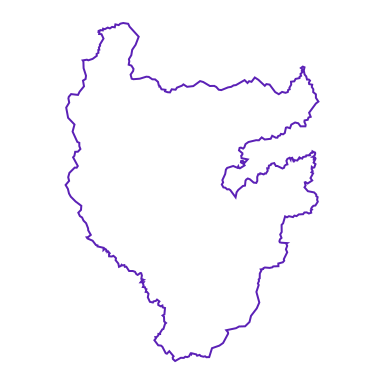 the district of Sardinata, Norte de Santander, Colombia
{"feature_id": "7082276B13040058955326", "entity_name": "Sardinata", "entity_type": "district", "adm_level": 2, "iso_a3": "COL", "parent_name": "Colombia", "parent_adm1": "Norte de Santander", "projection": "mercator", "projection_center": [-72.77, 8.259], "detail": "fine", "context": "isolated", "style": "outline", "palette": "violet", "viewbox_px": 384, "rotation_deg": 0, "n_neighbors": 0, "source": "geoboundaries", "source_scale": "gbopen_adm2", "svg_char_len": 5925}
<svg xmlns="http://www.w3.org/2000/svg" viewBox="0 0 384 384"><path d="M86.7,237.3L87.5,238.5L92.6,240.7L95.9,245.0L97.5,245.4L97.5,246.4L103.6,247.8L103.5,250.0L104.9,248.8L106.2,249.6L106.3,251.2L107.1,251.2L107.3,252.0L108.1,251.4L109.7,253.3L109.0,254.1L109.1,256.3L111.9,256.5L113.3,255.8L114.5,256.7L116.0,258.2L115.6,260.2L118.3,263.5L119.0,266.8L120.8,266.0L121.6,264.8L122.3,265.4L124.4,265.1L124.8,266.8L126.3,266.7L129.1,271.0L132.8,271.0L135.0,271.8L136.4,274.2L137.7,274.9L140.3,273.0L141.2,273.2L141.9,275.5L141.3,278.8L143.7,279.8L141.8,280.7L140.6,282.3L143.7,282.2L142.9,283.5L143.6,285.3L142.9,287.0L144.9,287.2L145.5,288.9L146.4,289.2L145.7,291.9L147.1,292.0L148.5,293.8L147.8,297.3L149.9,301.8L152.9,302.5L153.5,301.4L155.9,300.9L157.0,299.6L159.4,301.4L158.2,303.3L158.3,305.0L160.6,306.3L162.4,305.5L162.7,307.4L165.0,308.0L164.4,314.4L162.6,315.5L164.0,316.8L164.2,321.5L166.0,323.0L165.0,323.9L163.4,329.0L162.3,329.4L160.1,332.8L160.1,334.0L158.4,333.9L158.3,335.4L156.7,337.0L155.4,337.1L155.9,338.4L154.4,340.2L158.2,345.3L161.0,345.6L162.4,346.8L165.7,353.2L166.9,353.7L169.3,351.2L173.6,356.3L172.7,357.4L172.9,359.0L175.1,361.0L180.8,357.8L183.8,357.9L185.3,356.7L187.2,357.1L189.0,356.4L190.5,353.6L191.3,354.4L191.8,353.3L196.3,354.4L197.1,355.7L199.6,354.9L200.7,356.0L203.4,356.7L205.1,356.3L206.4,357.2L209.2,357.1L212.0,348.2L219.4,345.6L223.1,343.0L228.1,333.7L228.0,332.3L226.3,330.2L236.0,328.2L239.1,326.5L245.1,326.3L249.5,322.0L251.0,315.9L256.8,308.3L259.3,302.5L256.4,291.9L258.7,285.0L257.9,283.5L259.0,281.0L258.7,279.4L259.7,278.4L259.8,273.5L261.4,270.4L260.8,269.4L263.2,269.0L263.4,268.2L264.9,267.5L269.7,267.9L272.4,267.3L273.2,266.4L278.4,266.2L278.3,263.5L282.8,262.3L284.2,260.7L283.8,259.2L287.2,252.3L285.9,249.3L287.2,245.9L286.3,243.7L287.2,243.1L281.3,242.7L279.8,242.3L279.4,241.2L280.0,239.3L281.5,237.9L280.2,234.5L281.7,232.0L281.6,224.9L283.1,223.3L285.1,216.4L287.0,217.3L288.9,216.2L293.0,217.1L294.4,215.6L296.6,216.1L298.8,214.4L303.1,214.2L304.4,212.5L306.7,212.4L308.9,213.5L311.2,212.7L310.8,210.3L312.0,209.6L311.2,208.7L311.8,207.4L313.4,205.8L315.4,205.5L317.8,201.7L317.1,199.8L317.6,197.1L316.3,196.2L316.2,194.5L314.1,192.4L307.9,191.2L304.5,187.3L305.6,185.5L304.8,182.4L305.5,182.1L307.6,183.5L312.2,180.5L310.5,178.1L313.1,173.3L311.5,172.3L312.7,171.1L311.6,169.0L311.8,166.9L312.9,167.8L314.3,167.4L315.5,164.1L313.6,162.6L314.8,160.2L313.7,159.7L313.8,158.8L314.9,159.3L315.5,158.7L315.2,157.8L313.8,157.8L313.6,156.8L312.9,156.8L314.5,155.6L315.2,153.8L315.1,152.6L313.6,152.3L313.5,151.0L313.3,151.9L312.4,151.3L312.0,152.9L311.1,152.9L309.4,154.7L309.8,155.3L306.3,155.4L305.9,156.5L303.1,157.0L302.2,158.6L300.1,157.8L299.8,158.3L299.3,157.6L297.4,160.5L294.8,160.2L294.3,160.9L293.9,160.2L293.4,160.9L292.2,157.8L290.8,158.2L290.6,159.6L289.6,157.8L287.4,158.9L286.4,160.8L287.4,164.4L285.6,164.9L284.4,166.2L284.1,167.7L282.5,168.5L277.4,166.0L275.9,166.0L274.2,163.1L271.3,163.8L270.8,165.0L268.9,165.6L268.6,168.3L267.2,168.3L267.7,170.8L265.9,173.6L264.9,173.4L263.7,174.4L260.2,173.3L259.7,174.3L258.3,174.2L257.2,177.0L257.3,180.9L256.3,182.9L253.7,182.6L249.9,179.3L247.8,178.5L246.2,179.6L245.5,180.7L245.0,185.6L242.9,186.0L238.3,189.9L236.6,192.3L235.6,197.3L230.3,190.1L228.9,189.2L227.2,189.4L225.3,187.7L223.4,187.4L221.8,184.5L223.1,182.4L222.4,180.1L225.2,174.0L225.9,169.6L227.2,167.9L233.2,166.0L237.5,167.8L238.3,166.3L238.9,168.0L239.9,168.3L244.6,165.4L243.7,164.0L240.9,162.4L241.1,161.1L242.8,160.9L244.7,162.7L247.7,159.4L241.6,158.2L241.2,155.8L242.4,154.5L242.4,153.2L239.0,150.4L239.6,147.9L240.9,147.6L243.1,148.6L244.3,147.4L245.5,144.1L248.5,142.0L256.1,140.2L258.9,140.3L261.7,137.4L264.7,139.5L270.7,138.8L272.2,135.8L275.8,137.7L277.4,137.7L278.2,136.0L280.0,135.5L280.9,133.9L283.1,134.3L284.8,133.0L285.9,127.7L287.1,127.3L290.0,128.2L291.3,124.6L295.1,122.5L298.3,123.3L300.5,126.3L305.4,126.3L305.7,124.9L304.4,121.9L304.6,120.4L307.7,119.8L308.5,117.5L310.7,116.8L309.1,112.7L315.9,103.5L318.4,101.6L315.9,97.8L315.9,94.3L313.2,92.1L313.3,89.2L311.8,87.0L312.2,84.7L309.2,84.1L308.9,82.6L310.0,80.6L308.8,79.5L307.0,79.5L306.2,76.4L304.6,74.5L303.8,70.4L304.5,67.3L302.8,66.6L300.9,68.0L302.6,69.4L301.7,70.9L302.5,72.0L300.5,74.0L301.1,75.8L299.6,76.8L299.5,78.1L295.6,78.9L294.3,81.3L291.0,81.7L291.2,84.7L289.4,87.8L289.7,89.3L288.2,89.9L287.8,92.0L285.5,92.8L282.1,91.9L278.8,94.2L275.2,92.1L269.6,84.6L266.4,84.1L264.8,85.8L258.4,79.8L254.8,77.5L251.5,81.8L249.1,81.2L247.5,83.0L244.6,80.1L235.9,85.1L233.5,85.4L231.3,86.8L228.0,87.4L221.3,90.1L218.7,89.7L216.3,87.0L214.2,85.9L209.9,86.0L203.2,82.0L200.1,81.1L193.3,86.1L187.1,86.8L183.4,84.4L181.9,85.7L177.0,87.6L175.6,89.7L171.7,89.3L170.0,92.4L167.5,92.2L165.0,91.3L165.4,89.8L161.5,89.3L160.2,86.8L159.3,86.6L159.5,85.7L158.7,85.1L158.0,81.9L155.1,79.4L152.3,79.3L148.8,76.9L146.3,76.7L139.8,78.7L133.4,79.2L131.7,78.7L130.6,74.6L133.1,71.1L133.5,68.9L131.4,65.6L128.7,64.7L129.3,61.3L128.9,59.2L131.3,55.2L132.2,49.8L135.6,44.8L138.7,36.7L129.6,26.7L128.2,23.8L123.2,23.0L120.3,23.7L118.7,25.1L115.4,24.4L114.8,27.3L112.1,26.9L109.9,28.4L107.7,27.6L104.8,29.2L103.1,28.7L102.8,30.4L100.5,30.1L98.6,30.9L98.5,31.9L99.5,31.8L99.1,34.0L101.5,34.2L103.5,38.6L99.8,44.7L100.1,45.7L98.9,47.5L99.3,49.7L98.3,50.0L98.4,52.8L96.6,54.0L96.8,55.8L92.6,58.9L88.3,60.3L86.9,59.7L82.7,60.4L83.4,61.5L83.6,68.2L86.0,75.7L85.6,79.0L83.0,80.6L84.0,86.3L79.6,91.7L78.0,94.9L71.1,94.1L68.8,96.8L68.4,98.4L69.2,102.6L66.2,107.6L68.1,117.8L74.5,124.5L72.6,131.6L77.3,141.9L79.3,142.8L79.3,146.1L80.4,149.0L77.9,151.7L75.2,151.8L74.4,155.8L73.1,157.3L77.8,166.0L76.7,167.7L74.7,167.6L69.4,172.9L68.2,177.2L69.1,180.9L65.6,185.0L67.9,188.9L69.0,193.5L70.8,196.7L75.6,201.5L81.3,205.8L81.0,209.9L78.3,212.7L79.9,216.1L82.1,217.5L83.5,220.6L86.1,223.2L88.1,228.4L88.2,230.3L90.8,234.9L88.1,237.1L86.7,237.3Z" fill="none" stroke="#5b21b6" stroke-width="2"/></svg>